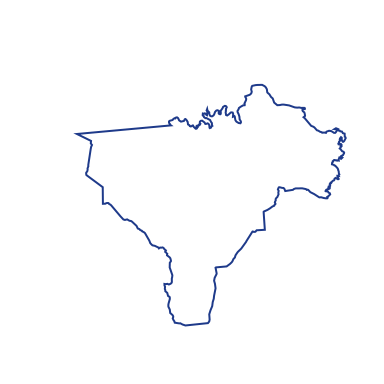 outline of N'Zi, N'zi-Comoé, Ivory Coast, rotated 204°
{"feature_id": "98640826B73875625736421", "entity_name": "N'Zi", "entity_type": "district", "adm_level": 2, "iso_a3": "CIV", "parent_name": "Ivory Coast", "parent_adm1": "N'zi-Comoé", "projection": "albers", "projection_center": [-4.64, 7.021], "detail": "fine", "context": "isolated", "style": "outline", "palette": "blue", "viewbox_px": 384, "rotation_deg": 204, "n_neighbors": 0, "source": "geoboundaries", "source_scale": "gbopen_adm2", "svg_char_len": 5989}
<svg xmlns="http://www.w3.org/2000/svg" viewBox="0 0 384 384"><g transform="rotate(204 192 192)"><path d="M122.9,314.4L123.8,314.5L126.3,313.3L128.5,312.8L130.1,311.9L132.5,311.1L138.5,310.6L143.6,309.2L145.4,308.4L147.2,307.1L149.4,306.0L153.3,307.1L156.3,310.3L158.5,311.0L161.0,312.7L163.3,313.4L163.8,313.7L165.4,316.3L167.1,317.6L168.6,318.2L171.5,318.4L175.4,316.6L177.4,315.5L180.1,313.5L180.3,312.7L179.7,309.8L178.2,307.9L178.0,306.6L178.2,305.5L178.8,304.3L182.3,301.0L181.8,300.3L180.8,299.7L180.3,299.0L180.0,297.8L180.1,294.2L179.6,293.8L179.2,292.7L180.6,291.9L182.2,289.7L183.3,287.8L183.1,286.3L183.4,284.7L183.0,283.7L181.0,282.0L179.4,280.2L178.0,277.7L176.1,276.4L175.6,275.5L175.7,274.5L177.4,274.0L179.9,274.3L180.7,274.7L181.5,275.2L182.3,276.3L183.7,278.4L184.1,278.6L185.2,277.4L186.1,280.0L187.1,281.1L188.1,280.9L188.9,280.4L190.0,277.8L191.0,276.2L192.2,276.2L193.7,278.5L193.9,279.7L194.3,280.3L194.3,280.9L194.8,281.7L194.7,283.5L195.2,284.0L196.2,284.3L197.1,284.0L198.2,282.4L198.2,280.7L198.7,278.4L198.6,277.3L197.7,275.7L197.6,274.7L197.9,274.4L199.2,274.4L199.6,274.7L200.0,275.7L199.5,276.5L199.9,276.9L200.6,277.1L202.1,277.0L202.4,276.8L203.0,276.1L203.5,274.5L203.3,271.7L203.6,270.5L204.5,269.2L205.8,268.9L206.7,269.1L208.3,270.8L208.6,271.7L211.0,272.7L211.9,274.0L211.8,272.5L211.4,272.4L210.2,270.6L209.5,268.2L210.0,268.2L211.2,268.9L212.0,269.1L212.6,268.9L212.8,268.3L214.0,268.1L213.5,266.5L213.1,266.2L212.1,266.1L211.5,265.3L209.8,264.9L209.0,265.4L204.7,265.1L203.5,264.0L201.8,263.0L201.3,261.8L200.3,260.7L200.9,260.0L200.8,258.6L201.7,257.6L202.1,257.8L203.4,260.1L204.5,260.9L205.6,261.1L206.9,259.9L207.5,259.6L208.8,260.6L211.8,261.3L212.9,260.6L213.4,259.5L212.9,258.0L212.1,257.7L212.2,256.7L212.3,256.3L212.7,256.5L213.1,256.3L213.6,255.1L214.5,254.5L214.7,254.0L214.5,253.3L214.2,253.1L213.2,254.1L213.1,253.7L213.5,252.9L213.4,252.2L213.6,251.7L214.4,251.3L217.1,252.3L218.1,253.2L218.6,253.0L219.1,252.1L219.7,251.4L220.7,251.3L220.8,251.6L221.8,252.0L223.1,252.1L224.5,254.3L226.3,255.5L227.6,256.0L228.2,255.5L228.3,253.6L230.7,251.8L232.9,252.2L234.7,253.8L236.1,254.1L237.0,253.4L237.2,252.4L238.0,252.3L238.9,250.7L238.9,250.2L239.2,249.7L241.2,248.1L241.7,247.2L241.3,246.2L240.5,245.3L239.9,245.2L239.1,244.5L238.3,244.3L320.7,198.2L305.0,197.6L304.2,195.2L302.5,194.3L302.5,192.2L302.0,190.0L297.7,174.3L297.2,173.5L297.0,171.0L296.4,169.9L296.1,168.2L296.5,166.8L296.4,166.2L295.6,164.8L295.3,164.5L275.5,160.1L268.6,145.0L266.5,146.0L265.7,147.0L264.5,147.7L263.8,147.9L262.7,147.3L261.4,147.3L260.3,146.9L247.5,140.7L243.5,139.0L241.9,139.2L240.1,140.6L237.5,140.3L235.8,140.7L235.0,140.6L228.9,138.5L226.7,136.6L224.9,136.7L224.0,136.2L222.0,136.2L221.6,135.8L219.5,135.7L218.2,135.3L211.2,130.2L209.3,128.3L207.4,127.5L206.4,127.2L204.1,127.7L200.2,127.6L199.3,127.0L198.5,128.3L197.5,128.6L196.3,129.4L195.2,129.3L194.3,128.7L192.1,128.0L192.3,126.9L192.1,126.4L191.4,126.4L189.9,125.5L189.5,125.5L189.1,124.0L185.8,123.2L184.8,122.6L183.3,120.7L183.1,120.1L183.5,118.4L181.7,114.0L176.1,108.0L175.5,106.2L175.2,104.6L173.8,101.6L173.7,100.8L174.2,99.5L175.5,98.1L177.1,98.1L178.6,97.1L179.8,96.8L179.1,95.4L178.1,94.5L177.4,92.4L176.6,91.7L176.0,90.5L173.6,89.8L171.6,87.3L169.9,87.1L169.2,86.3L168.7,85.1L168.1,80.8L167.7,79.2L166.9,77.6L164.5,75.6L162.7,72.6L159.8,71.7L158.7,70.9L158.3,70.2L158.2,68.7L156.6,67.3L155.5,66.7L154.6,65.6L150.1,66.8L149.3,67.3L146.8,67.1L143.7,67.4L124.1,78.7L123.6,80.7L124.0,82.6L126.5,87.3L127.0,91.6L127.1,95.9L128.3,99.9L128.7,103.3L129.6,106.1L131.3,113.6L133.7,117.5L135.7,119.9L136.4,122.8L136.2,126.9L136.4,127.7L139.7,132.4L139.4,132.9L130.1,138.1L128.1,141.6L127.2,143.8L126.9,145.0L126.9,147.6L126.2,149.6L126.5,151.8L126.2,153.7L125.8,155.8L124.0,160.3L122.3,168.5L122.3,169.3L120.7,180.3L120.4,180.7L119.2,180.7L117.9,181.5L117.4,183.3L110.1,187.1L118.5,203.0L118.4,203.4L115.8,206.3L114.1,208.8L112.6,211.5L111.3,212.9L111.4,213.9L110.9,214.7L111.1,215.4L112.0,216.0L112.2,217.0L112.1,218.4L112.7,219.5L112.5,221.0L112.0,222.0L112.0,225.1L112.9,226.5L113.3,228.3L114.6,229.3L114.6,231.5L113.9,232.0L111.4,232.4L110.0,232.9L108.8,232.4L107.2,230.8L100.7,235.0L100.1,236.2L98.7,237.5L92.7,240.2L89.1,241.0L88.0,240.6L87.3,241.2L86.7,241.2L83.8,240.0L79.6,239.8L73.8,238.9L73.1,239.0L72.0,239.7L69.2,240.1L67.0,240.7L65.9,241.2L65.7,241.7L65.8,242.1L66.2,242.0L66.5,242.5L65.7,243.7L64.8,246.0L65.5,246.9L67.0,247.0L67.8,247.6L68.8,247.7L69.8,247.1L70.4,247.2L70.4,248.1L70.1,248.9L68.5,250.1L67.7,251.1L67.7,251.8L68.0,252.1L69.2,251.5L69.4,252.7L68.3,253.7L68.7,254.9L69.4,255.2L69.2,256.7L68.8,256.6L68.5,256.8L68.3,258.6L67.7,259.8L67.0,260.4L66.9,261.1L67.2,262.2L66.5,263.3L63.9,263.0L63.4,263.3L63.3,263.6L65.6,265.5L65.8,265.9L64.6,266.3L64.9,266.5L64.9,267.0L64.5,267.9L65.5,268.9L66.3,270.4L67.5,271.6L67.7,272.1L68.9,273.0L71.9,274.3L72.6,274.1L73.5,274.5L75.4,274.2L75.9,275.6L75.5,277.1L75.9,277.4L75.2,279.0L74.5,279.3L74.0,279.2L73.1,279.7L72.2,279.6L71.7,280.2L70.7,280.4L71.3,281.5L71.4,283.3L69.3,282.9L68.6,284.6L70.5,285.0L70.4,285.5L69.0,287.2L69.1,287.9L68.8,288.9L69.0,289.8L69.9,290.4L71.4,290.3L73.8,291.6L74.7,291.8L74.1,294.3L75.0,294.3L75.3,294.6L75.2,295.1L74.3,295.3L74.5,295.9L75.4,296.4L77.3,295.7L77.6,295.3L78.0,295.7L77.9,296.6L77.7,297.1L78.1,297.7L77.6,299.1L78.4,300.0L78.6,301.1L78.2,302.7L77.3,302.5L76.4,300.5L75.1,299.4L74.6,299.2L74.1,299.5L73.7,300.6L73.5,303.8L74.2,304.5L74.9,304.6L76.3,307.4L78.1,307.1L79.6,308.2L81.3,307.7L81.9,308.1L82.9,307.8L83.6,308.3L83.8,308.9L86.4,308.8L87.4,307.4L85.3,308.0L84.8,307.9L84.5,307.5L85.0,304.8L85.3,304.2L86.4,303.8L89.4,304.3L91.7,303.7L93.6,301.9L93.8,301.5L93.7,300.5L95.4,300.1L97.2,299.1L97.7,299.4L99.4,299.1L101.6,299.4L103.0,299.2L106.5,300.8L108.1,301.0L110.0,300.9L119.1,305.3L120.5,305.7L119.7,307.3L119.8,307.8L121.2,309.8L121.8,310.4L123.6,310.9L124.3,311.5L124.6,312.2L124.4,312.8L122.7,313.6L122.9,314.4Z" fill="none" stroke="#1e3a8a" stroke-width="2"/></g></svg>